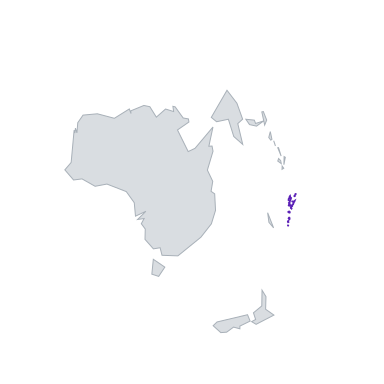 Vanuatu on a map of Oceania (Robinson projection), rotated 31°
{"feature_id": "VUT", "entity_name": "Vanuatu", "entity_type": "country or territory", "adm_level": 0, "iso_a3": "VUT", "parent_name": "Oceania", "parent_adm1": "", "projection": "robinson", "projection_center": [167.975, -16.976], "detail": "fine", "context": "in_parent", "style": "filled", "palette": "violet", "viewbox_px": 384, "rotation_deg": 31, "n_neighbors": 5, "source": "natural_earth", "source_scale": "50m", "svg_char_len": 4099}
<svg xmlns="http://www.w3.org/2000/svg" viewBox="0 0 384 384"><g transform="rotate(31 192 192)"><path d="M169.6,86.8L184.8,92.8L197.9,103.5L196.0,109.8L211.0,125.1L199.2,122.9L185.7,110.9L176.9,119.1L170.1,118.1L169.6,86.8ZM219.0,91.9L219.8,97.2L210.6,87.4L211.7,86.3L219.0,91.9ZM213.4,102.3L206.6,104.6L200.7,101.9L208.4,98.3L211.2,100.5L216.8,94.2L213.4,102.3ZM228.0,99.9L233.4,105.7L232.8,107.0L229.7,105.7L228.0,99.9Z" fill="#d9dde1" stroke="#a8b0b8" stroke-width="1"/><path d="M267.5,170.8L280.4,180.7L273.6,178.4L267.5,170.8Z" fill="#d9dde1" stroke="#a8b0b8" stroke-width="1"/><path d="M258.4,124.4L257.5,126.2L255.9,123.3L258.4,124.4ZM254.1,114.2L256.7,121.3L252.7,114.2L254.1,114.2ZM253.9,121.7L249.6,121.3L249.0,118.7L251.8,119.4L253.9,121.7ZM243.3,109.4L249.9,115.3L242.7,109.9L243.3,109.4ZM238.1,108.0L239.8,109.6L235.6,106.0L238.1,108.0Z" fill="#d9dde1" stroke="#a8b0b8" stroke-width="1"/><path d="M325.6,255.3L315.1,272.4L309.9,272.4L312.2,268.5L306.9,263.9L310.5,253.7L302.6,240.1L309.3,243.6L315.5,254.6L325.6,255.3ZM280.4,290.5L302.8,268.6L308.3,272.7L302.1,282.3L303.5,284.6L297.2,286.4L293.9,294.3L289.1,297.7L279.0,295.7L280.4,290.5Z" fill="#d9dde1" stroke="#a8b0b8" stroke-width="1"/><path d="M193.5,269.6L207.4,270.4L206.9,281.5L199.9,283.1L193.5,269.6ZM115.0,229.0L106.0,237.0L91.0,237.4L84.3,242.7L71.6,238.5L73.2,228.9L59.1,199.7L61.2,201.8L59.2,197.3L62.9,200.6L58.4,191.4L59.0,182.2L70.6,173.7L87.5,168.8L95.5,153.1L99.3,156.2L97.7,154.0L106.2,142.6L111.9,140.6L122.9,146.2L126.6,134.5L134.8,132.5L131.5,128.4L133.7,127.7L146.3,133.1L151.3,131.2L153.3,133.6L147.6,146.3L167.9,159.3L172.1,153.0L176.5,125.5L182.9,144.1L185.5,142.3L189.0,146.2L193.9,165.3L204.3,172.2L208.0,181.6L212.4,181.9L221.6,195.6L225.0,209.3L222.9,226.2L212.8,254.0L198.9,261.7L193.4,256.2L188.2,260.6L176.1,256.8L171.0,247.8L164.9,245.3L164.6,239.4L159.5,243.6L162.4,232.3L156.0,241.8L148.0,230.9L135.5,225.5L115.0,229.0Z" fill="#d9dde1" stroke="#a8b0b8" stroke-width="1"/><path d="M278.8,145.5L279.1,147.1L279.4,147.1L279.5,147.0L279.7,146.6L279.8,146.0L280.0,145.9L280.2,146.0L280.1,146.7L280.3,146.9L280.4,147.0L280.6,148.2L280.7,148.4L280.7,148.6L280.3,149.1L279.6,149.1L279.1,149.4L278.8,149.3L278.8,149.0L278.6,148.8L278.3,148.3L278.4,147.3L277.9,145.6L277.9,145.2L278.0,144.6L278.4,145.0L278.8,145.5ZM281.6,151.6L281.8,151.7L282.0,151.9L282.6,152.4L282.9,152.6L283.1,152.7L283.2,153.0L283.4,153.3L283.0,153.6L282.4,153.5L282.1,153.9L281.7,153.8L281.7,153.6L281.5,153.0L281.5,152.3L281.3,151.9L281.2,151.7L280.9,151.8L280.5,151.5L280.6,150.8L280.7,150.6L280.9,150.5L281.3,150.7L281.6,151.6ZM289.6,165.2L289.4,165.5L289.3,165.4L288.2,164.9L288.2,164.7L288.2,164.1L288.3,163.8L288.6,163.7L288.8,163.7L289.0,164.2L289.3,164.4L289.1,164.5L289.5,164.9L289.6,165.2ZM285.9,158.5L286.3,159.2L286.5,159.3L286.2,159.7L285.7,159.8L285.1,159.7L285.3,159.5L285.2,159.3L284.8,159.4L284.7,159.3L284.8,159.0L285.2,158.6L285.3,158.5L285.5,158.6L285.9,158.5ZM285.3,152.7L284.8,152.8L284.1,152.6L283.9,152.4L283.8,152.2L284.0,152.1L284.3,152.0L284.7,151.5L284.9,151.7L285.0,152.2L285.2,152.4L285.3,152.5L285.3,152.7ZM290.3,168.1L290.0,168.6L289.7,168.5L289.3,168.1L289.1,167.8L289.3,167.2L289.6,167.1L289.7,167.7L290.3,168.1ZM284.9,151.0L284.8,150.8L284.6,149.6L284.7,148.5L284.8,148.8L285.2,150.6L285.1,150.9L284.9,151.0ZM285.9,154.9L286.0,154.9L286.0,155.1L285.4,154.9L284.9,155.0L284.7,154.8L284.6,154.4L284.6,154.2L284.8,154.0L285.0,154.2L285.2,154.3L285.3,154.4L285.6,154.8L285.9,154.9ZM283.7,148.4L283.4,148.6L282.9,148.6L282.7,148.5L283.3,147.8L284.1,147.7L283.7,148.4ZM282.3,142.8L282.1,143.0L281.7,142.9L281.6,142.5L281.7,142.3L282.0,142.2L282.4,142.4L282.3,142.8ZM281.9,141.1L281.7,141.1L281.5,140.5L281.6,140.3L281.9,140.1L282.1,140.4L282.2,140.6L282.2,140.8L281.9,141.0L281.9,141.1ZM284.8,147.9L284.8,148.2L284.6,147.8L284.5,146.4L284.6,146.2L284.8,147.3L284.8,147.9ZM291.9,171.2L291.8,171.5L291.6,171.5L291.3,171.3L291.3,171.1L291.7,171.0L291.8,171.0L291.9,171.2ZM280.8,149.8L280.7,149.9L280.3,149.6L280.4,149.3L280.8,149.4L280.8,149.8Z" fill="#8b5cf6" stroke="#5b21b6" stroke-width="1.5"/></g></svg>